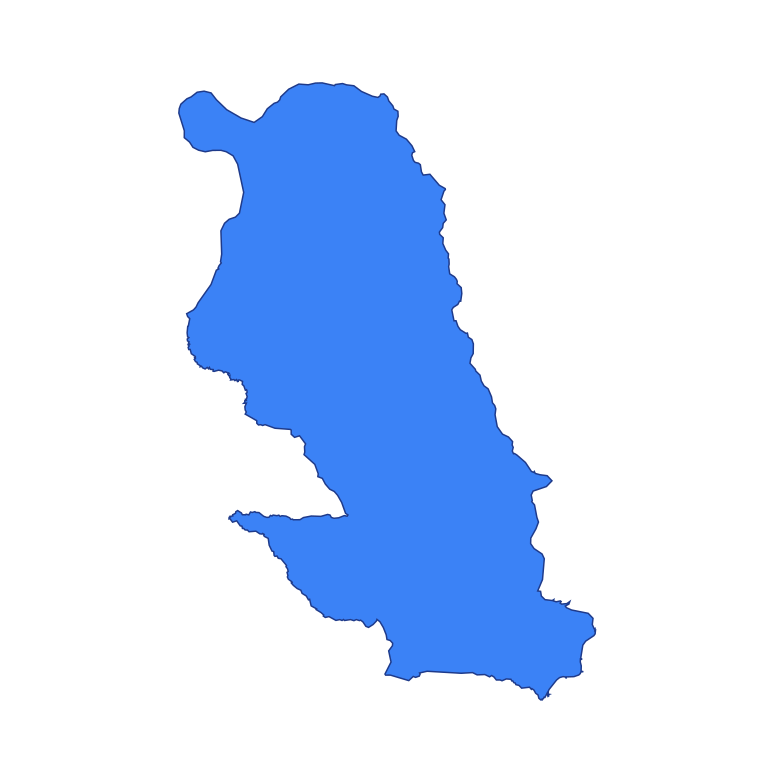 the district of Bole, Northern, Ghana, rotated 194°
{"feature_id": "2480657B39398526932747", "entity_name": "Bole", "entity_type": "district", "adm_level": 2, "iso_a3": "GHA", "parent_name": "Ghana", "parent_adm1": "Northern", "projection": "orthographic", "projection_center": [-2.328, 8.691], "detail": "fine", "context": "isolated", "style": "filled", "palette": "blue", "viewbox_px": 768, "rotation_deg": 194, "n_neighbors": 0, "source": "geoboundaries", "source_scale": "gbopen_adm2", "svg_char_len": 6171}
<svg xmlns="http://www.w3.org/2000/svg" viewBox="0 0 768 768"><g transform="rotate(194 384 384)"><path d="M155.5,115.4L154.1,115.8L154.4,116.5L153.2,117.2L152.8,118.9L152.0,118.9L151.0,123.2L149.3,120.5L148.7,121.2L149.3,122.2L148.4,122.9L149.8,122.8L150.0,124.5L150.6,124.2L149.9,127.6L144.9,138.6L142.6,141.6L139.5,143.4L137.3,143.6L135.7,142.4L136.6,143.8L128.9,146.0L124.6,148.8L123.5,150.5L123.3,152.9L122.5,152.5L121.0,153.1L123.3,153.1L124.4,158.2L126.3,161.8L126.9,164.7L125.1,164.7L126.8,165.6L127.9,178.7L126.1,183.3L119.5,190.6L118.7,192.6L119.2,196.2L119.8,195.7L120.1,197.9L120.9,197.4L123.7,201.0L124.5,207.2L130.4,210.9L147.3,210.1L152.9,211.1L154.4,212.4L151.4,215.1L151.1,217.9L153.4,215.2L158.4,213.4L160.1,214.0L159.5,215.8L160.4,216.2L164.3,214.3L167.1,214.5L167.1,215.9L168.4,214.6L175.6,213.7L180.0,216.3L181.9,220.7L184.8,220.4L182.9,232.6L186.2,253.2L189.5,257.3L198.6,260.6L203.1,264.6L204.3,270.0L201.5,280.3L200.7,287.4L203.4,291.6L208.7,303.1L212.2,305.6L211.9,306.7L214.3,311.9L213.4,316.2L201.6,323.8L197.6,330.7L203.5,334.5L210.6,333.7L215.6,333.8L217.0,335.5L217.4,334.5L219.8,334.8L227.8,342.1L238.0,347.3L240.6,348.1L241.5,347.7L243.3,350.0L243.3,353.8L244.9,355.8L245.3,359.2L250.4,362.7L256.9,364.0L263.8,370.0L268.8,381.0L269.5,386.9L271.4,389.9L274.2,392.0L276.6,397.6L281.8,404.5L286.5,406.4L290.3,410.4L293.0,415.8L298.1,418.8L299.0,420.4L305.6,424.9L306.0,430.4L304.8,435.1L307.0,444.6L309.5,448.4L313.5,449.8L315.4,453.6L316.8,453.0L323.1,455.1L326.2,457.8L329.4,462.8L331.4,462.3L336.2,472.4L335.3,475.1L331.6,479.1L330.8,482.7L329.6,482.9L330.4,490.6L332.4,496.2L337.4,499.0L337.8,501.4L339.1,503.1L341.5,505.0L346.9,506.8L349.7,513.6L349.8,516.1L351.2,520.9L352.2,521.7L352.9,525.9L356.5,528.8L360.9,534.5L361.9,540.2L366.2,542.7L367.0,544.8L364.9,549.9L365.4,554.2L363.3,558.3L367.2,564.2L368.2,572.7L373.2,576.6L372.5,585.6L371.5,587.5L371.9,588.4L378.4,590.2L390.2,598.6L396.5,596.2L399.0,598.9L401.8,605.6L403.9,606.6L407.4,606.6L409.5,608.0L412.4,612.7L412.3,615.3L410.4,616.9L414.5,621.9L421.5,627.0L429.4,629.0L433.5,632.5L435.4,642.7L435.0,647.1L436.5,652.0L440.9,653.2L442.7,656.0L447.8,659.8L450.1,663.3L454.2,665.5L457.3,664.4L457.5,662.6L459.2,660.6L464.9,660.4L476.6,662.4L485.4,666.1L492.7,665.2L496.9,665.5L503.7,662.8L504.2,661.5L516.8,661.2L523.3,659.4L529.9,656.0L539.2,654.4L547.8,647.0L553.7,637.6L553.9,634.4L555.5,631.7L558.5,629.8L563.8,622.9L566.7,614.0L573.3,606.4L587.0,607.5L603.0,612.1L615.3,619.2L622.2,624.6L629.4,624.6L635.9,621.9L640.6,615.9L644.2,613.1L648.8,606.4L649.3,601.7L648.6,597.2L639.0,581.4L637.4,574.7L631.2,571.7L626.6,567.4L620.4,566.0L613.6,566.1L606.6,569.3L598.6,571.3L593.2,571.2L585.6,568.9L579.2,561.9L566.5,536.0L565.6,514.8L568.5,510.0L574.1,506.4L577.6,501.4L579.3,493.2L572.9,470.7L572.2,463.1L571.2,462.1L572.7,458.8L573.1,456.3L572.2,455.7L574.2,453.9L575.9,438.7L584.0,417.9L585.0,413.2L586.8,409.8L592.5,404.5L590.8,401.9L588.3,400.4L587.9,392.9L588.4,392.5L587.4,386.0L586.0,382.3L584.6,381.8L585.8,380.0L585.1,378.3L583.3,377.7L583.7,376.3L582.3,375.7L583.6,374.6L582.3,373.8L582.9,372.2L581.8,370.2L580.4,370.6L578.3,366.8L573.7,365.0L573.3,363.6L574.0,363.6L573.4,362.8L574.1,362.0L572.3,360.1L570.6,359.8L570.0,358.4L566.8,357.3L566.6,356.2L565.4,357.1L563.9,355.8L561.2,355.3L559.6,357.3L557.9,356.3L557.4,357.8L556.1,356.2L553.2,356.7L553.0,355.1L552.0,355.1L547.8,357.4L544.4,357.5L542.1,356.1L541.0,357.4L539.3,357.3L538.1,356.9L538.4,356.0L537.6,357.2L536.8,356.9L537.8,355.6L536.5,354.5L535.6,355.1L535.3,353.0L533.7,351.7L533.8,350.8L530.7,352.0L529.5,351.2L528.2,352.6L526.8,350.9L526.0,351.3L526.2,352.6L525.1,353.0L521.9,352.3L521.5,349.3L519.5,348.2L517.0,344.4L516.0,345.2L515.2,344.0L514.8,342.4L515.6,341.5L513.7,338.7L513.8,336.2L514.6,335.7L513.6,334.7L515.0,334.3L514.7,332.5L515.4,331.4L512.9,332.2L513.5,328.3L512.4,325.2L510.8,323.5L511.4,321.2L498.6,317.6L497.9,315.1L495.9,313.9L493.7,314.7L491.7,314.4L489.6,315.8L479.1,314.7L463.9,317.3L462.9,316.8L461.9,312.8L457.9,310.6L453.4,313.3L445.6,306.9L446.0,303.9L444.4,298.8L444.5,296.1L431.7,289.3L426.1,281.0L425.8,278.1L421.0,277.5L416.7,272.7L411.2,268.8L406.3,267.7L402.1,264.8L396.4,258.8L390.0,249.2L387.3,248.2L387.8,246.8L390.7,246.7L395.6,243.2L400.1,241.6L402.8,241.8L404.7,243.8L407.1,243.8L413.2,240.3L422.6,238.3L429.9,234.9L432.7,232.0L439.3,230.3L440.0,230.8L441.7,230.1L443.1,231.3L447.1,232.1L451.2,231.5L452.7,230.4L454.3,231.3L456.1,230.3L459.9,230.0L460.8,228.8L462.4,229.0L463.4,226.8L465.5,226.2L468.7,226.5L474.2,229.0L477.4,228.4L478.4,228.9L480.7,227.5L482.6,227.5L483.5,224.3L486.3,224.3L486.6,223.6L489.8,222.9L491.2,224.4L495.4,225.8L496.9,224.2L496.8,222.6L499.2,220.5L498.8,219.4L501.4,218.3L500.9,217.7L502.0,217.1L501.8,215.6L500.9,216.0L497.5,213.3L493.8,215.6L489.2,211.6L487.4,211.7L486.4,209.6L485.2,209.9L483.5,208.8L481.1,209.2L479.2,208.0L472.7,210.2L468.3,208.6L466.0,208.9L465.6,209.6L463.9,209.1L464.2,208.3L463.3,207.2L459.0,206.2L456.4,199.8L452.3,194.8L450.5,194.7L449.1,191.0L448.1,190.4L446.2,191.2L444.4,189.3L441.7,189.5L434.7,184.3L434.9,183.0L432.9,181.4L431.6,178.9L432.5,177.8L430.9,174.9L431.1,173.4L429.5,171.4L425.6,169.8L425.1,169.2L425.8,168.5L423.1,166.6L418.7,164.5L414.8,163.8L412.8,161.0L408.1,159.5L405.1,156.3L404.1,157.1L401.0,151.1L395.0,149.5L395.3,148.7L389.8,147.0L386.6,145.3L386.8,144.2L384.5,143.3L381.1,145.0L373.5,143.0L369.9,144.7L367.5,144.4L366.3,145.7L365.1,145.0L359.5,147.3L355.9,147.1L353.9,148.7L350.6,148.5L349.5,149.2L346.8,148.0L343.0,144.5L340.1,144.1L336.4,148.0L334.0,152.2L333.9,153.9L330.4,152.3L325.7,147.5L321.2,141.2L319.3,136.8L315.9,136.6L312.9,134.6L312.5,132.1L314.9,126.2L309.9,115.9L312.9,102.8L312.0,101.9L307.4,103.1L288.2,102.2L284.9,107.3L282.4,107.0L279.1,109.1L278.8,111.3L279.6,112.2L272.7,115.7L239.2,122.0L228.2,125.4L223.3,124.3L215.8,126.5L210.7,125.4L209.0,127.2L206.4,126.3L203.4,124.0L199.8,124.9L197.7,124.6L194.0,127.4L189.4,128.2L188.2,126.8L187.3,127.1L185.7,125.6L184.3,125.6L183.3,124.2L180.1,124.2L176.9,122.2L169.4,125.0L167.2,123.4L166.8,124.2L164.5,123.3L162.0,120.6L159.3,119.5L157.7,116.5L155.5,115.4Z" fill="#3b82f6" stroke="#1e3a8a" stroke-width="1.5"/></g></svg>